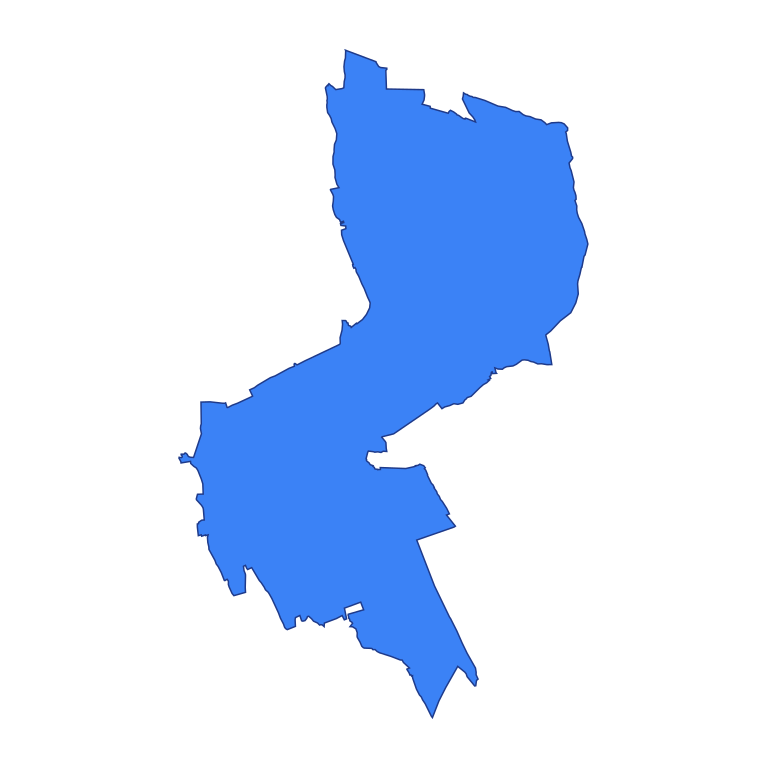 outline of Ion Neculce, Iasi, Romania, rotated 179°
{"feature_id": "2599482B15077063893597", "entity_name": "Ion Neculce", "entity_type": "district", "adm_level": 2, "iso_a3": "ROU", "parent_name": "Romania", "parent_adm1": "Iasi", "projection": "mercator", "projection_center": [27.043, 47.198], "detail": "fine", "context": "isolated", "style": "filled", "palette": "blue", "viewbox_px": 768, "rotation_deg": 179, "n_neighbors": 0, "source": "geoboundaries", "source_scale": "gbopen_adm2", "svg_char_len": 6128}
<svg xmlns="http://www.w3.org/2000/svg" viewBox="0 0 768 768"><g transform="rotate(179 384 384)"><path d="M363.1,92.5L362.2,92.8L361.5,91.5L360.6,91.8L360.7,90.8L360.4,89.2L356.9,78.4L354.0,72.5L352.2,70.5L350.9,67.5L348.4,63.6L342.5,51.1L341.4,49.6L334.6,66.2L327.6,79.4L315.2,100.4L308.3,94.6L306.9,92.8L306.0,89.9L298.6,80.5L297.5,80.7L296.8,85.5L296.2,86.5L295.1,87.3L297.0,91.7L296.9,94.2L297.5,98.4L305.6,113.3L310.5,123.9L315.5,135.8L321.6,148.4L322.5,149.7L337.0,181.1L354.0,227.4L316.3,239.8L315.1,240.6L323.8,251.9L320.9,253.0L323.5,258.6L327.8,265.6L329.5,267.5L330.7,270.7L332.6,273.2L333.2,275.4L335.8,279.3L335.5,279.6L336.8,282.3L338.4,283.9L342.1,291.8L342.0,292.6L343.8,297.2L345.1,298.6L344.2,299.5L345.7,301.6L349.6,303.2L351.3,302.1L353.9,301.8L353.7,301.4L355.4,300.8L363.7,299.1L389.2,300.5L389.1,298.6L391.8,298.5L391.8,298.8L394.1,299.1L394.7,299.4L395.1,300.7L396.6,302.0L396.3,302.5L399.2,303.6L400.3,305.4L402.6,307.3L403.0,308.3L402.7,308.9L403.2,309.6L401.5,315.9L400.8,317.2L395.8,316.5L394.4,316.0L391.3,316.3L388.2,315.6L385.9,316.8L382.4,316.5L382.9,319.7L383.1,325.3L383.8,326.6L387.2,330.8L386.7,331.3L375.2,334.0L338.3,358.3L334.4,361.1L332.2,363.3L330.8,364.1L326.5,358.3L323.7,360.0L318.6,361.3L314.5,363.1L310.5,362.4L305.4,363.7L303.4,366.7L302.0,367.7L301.0,369.0L297.1,370.2L288.2,378.7L284.6,381.7L281.4,383.4L278.7,385.8L279.8,386.3L277.2,387.6L278.3,389.7L277.0,390.6L276.4,393.9L275.7,394.2L275.4,392.5L271.3,392.7L271.8,393.4L272.9,398.2L269.9,397.0L265.4,396.7L263.4,398.2L261.0,399.2L254.7,399.8L251.3,401.4L245.5,405.5L243.2,405.7L239.5,405.2L236.8,403.9L234.2,403.4L229.9,401.4L226.1,401.5L220.7,400.5L215.9,400.5L217.7,413.3L218.1,414.3L219.1,420.9L221.3,429.5L221.2,430.4L216.4,434.1L206.6,444.1L196.0,452.0L190.8,461.8L188.2,470.6L188.7,480.7L188.3,483.6L186.2,490.3L184.9,495.8L184.4,497.3L184.1,497.3L181.8,508.2L180.7,509.5L177.7,520.4L178.7,525.0L180.5,530.7L180.8,532.9L183.4,541.0L186.5,547.1L187.8,551.4L188.3,554.9L188.1,558.6L189.9,564.2L188.7,565.3L188.8,568.9L189.7,572.2L190.7,574.6L191.2,577.1L190.5,582.7L193.1,594.0L194.3,597.1L195.1,601.7L191.5,606.1L191.4,607.5L192.5,608.7L193.2,612.5L196.4,623.6L197.4,631.3L198.0,632.7L196.0,634.3L195.9,636.9L199.3,640.9L202.1,642.2L204.8,642.5L212.1,642.2L216.8,640.5L218.6,642.5L222.4,645.4L227.8,646.3L233.3,648.8L237.5,649.6L240.2,650.9L244.1,654.1L247.6,654.1L250.6,655.1L257.6,658.5L265.2,659.9L278.1,665.7L287.7,668.9L289.8,669.0L291.0,669.9L292.7,670.2L294.8,671.1L295.5,671.9L297.3,672.3L299.4,673.7L299.8,670.3L300.6,667.6L294.1,653.5L290.5,649.5L288.5,646.3L287.9,644.4L297.7,648.4L298.3,648.1L298.4,647.5L300.4,648.1L304.7,651.3L306.3,651.8L306.7,652.6L309.6,654.8L312.8,656.5L314.2,655.3L315.1,653.6L332.9,659.0L333.0,660.8L341.0,663.1L339.0,667.3L338.4,671.4L338.4,672.8L339.1,677.6L376.4,678.9L376.7,697.6L375.7,698.5L375.7,699.7L381.9,700.5L383.8,701.5L386.2,705.5L386.4,706.4L416.7,718.4L416.5,717.8L416.9,710.5L417.8,707.6L418.5,701.9L418.2,697.1L417.5,693.7L417.6,690.7L418.5,687.1L419.0,680.9L420.8,680.1L427.1,679.2L430.3,682.4L432.0,683.4L433.8,685.2L434.8,684.1L434.8,683.4L435.5,683.5L437.2,681.6L437.4,680.9L435.8,672.6L435.7,669.8L436.1,668.7L435.9,666.1L436.3,664.2L436.3,661.5L435.6,656.3L433.7,653.4L432.2,650.3L431.5,646.8L428.4,640.2L426.8,635.1L427.4,628.8L429.3,624.5L429.8,619.4L429.8,616.8L431.0,612.4L431.2,604.7L429.4,598.9L429.2,593.8L429.4,591.4L427.6,584.5L425.6,581.1L434.0,579.5L434.2,579.1L431.8,574.4L431.2,572.3L431.5,567.7L432.3,562.9L431.7,559.2L430.2,554.3L428.6,551.4L425.6,549.2L424.6,546.6L421.7,547.4L421.4,546.1L424.7,545.1L424.3,543.3L419.5,542.6L419.4,540.0L423.8,538.5L423.7,533.9L422.0,528.1L412.6,504.2L413.3,503.9L413.0,502.2L412.1,500.3L411.0,500.9L409.9,498.9L410.0,497.7L409.6,496.3L407.3,492.0L404.3,484.3L402.1,479.8L398.9,471.2L396.9,466.7L396.4,465.2L397.0,460.4L400.3,453.9L404.4,448.8L410.0,444.7L410.5,445.3L415.8,441.1L416.3,442.4L418.5,443.2L419.0,445.7L419.9,445.8L420.7,447.6L421.4,448.1L424.7,448.2L424.4,444.5L425.0,438.6L427.1,431.1L427.0,425.5L427.6,424.4L462.7,408.5L470.2,404.8L470.7,404.7L472.5,406.0L473.2,406.0L473.5,405.4L473.3,403.3L478.5,401.4L492.7,394.0L497.5,392.3L510.3,385.0L513.8,382.5L518.4,380.5L515.6,374.2L516.2,373.8L530.9,367.3L536.0,365.5L540.6,363.2L541.3,363.3L542.7,367.9L543.6,367.5L545.8,367.6L558.2,369.2L567.3,369.1L567.4,347.3L568.0,345.4L568.3,342.7L567.4,337.4L575.7,313.9L578.7,314.1L580.4,314.7L581.4,315.7L581.9,317.0L583.5,318.4L584.1,318.5L585.4,317.3L588.0,317.4L588.1,316.7L587.0,315.5L587.0,314.6L588.0,313.9L590.1,314.3L590.3,313.4L588.5,310.0L588.3,308.6L578.8,310.0L578.6,307.9L575.6,305.0L573.1,303.3L571.6,300.8L568.3,292.1L566.9,287.3L566.7,277.1L572.4,277.0L573.7,272.4L573.5,271.5L568.6,265.9L567.2,263.6L566.8,261.9L566.1,251.2L568.7,251.0L571.7,249.0L571.9,247.6L573.1,247.3L573.1,244.2L572.3,235.6L569.4,236.4L569.0,235.0L565.0,236.2L564.8,235.5L562.5,236.2L563.2,233.5L562.9,228.5L562.0,224.2L561.9,221.6L556.1,210.6L554.9,207.0L553.0,204.4L550.0,198.3L547.1,190.4L546.5,190.2L544.3,191.5L543.2,190.0L543.0,189.0L543.1,186.2L542.4,183.8L539.6,177.3L537.8,175.0L526.1,178.1L526.3,182.9L525.8,194.8L525.9,196.3L527.2,199.9L527.7,204.2L525.7,205.1L524.5,202.1L523.6,200.9L519.5,202.7L512.1,189.7L510.3,187.6L507.3,182.9L506.1,180.3L503.4,177.8L502.2,175.8L499.8,171.3L493.5,157.0L491.6,151.6L488.7,145.8L487.7,142.7L486.7,141.2L485.0,140.1L476.8,143.2L477.0,149.8L476.6,152.0L472.2,154.0L470.5,148.7L469.3,148.3L467.1,148.8L465.3,151.0L464.6,152.8L463.3,153.1L460.4,150.4L458.6,148.1L454.6,146.2L452.6,144.1L451.3,144.5L449.8,144.1L448.1,142.5L447.8,146.0L435.7,150.3L429.9,153.2L427.8,148.9L425.5,149.8L427.5,160.6L411.1,166.3L408.3,158.6L423.8,154.4L423.9,153.3L423.5,152.3L423.4,150.5L422.6,149.7L422.2,147.7L420.3,146.4L419.6,145.3L422.2,142.0L419.7,141.8L416.4,139.7L415.1,135.8L415.3,132.3L415.1,131.1L412.4,126.2L410.8,122.2L409.3,120.7L408.3,120.3L401.4,119.9L400.5,119.6L399.8,118.6L397.5,118.6L395.6,116.7L393.0,115.3L381.7,111.5L372.6,107.8L370.6,107.6L369.4,105.2L363.5,99.6L366.1,98.5L366.0,98.1L364.1,95.0L363.1,92.5Z" fill="#3b82f6" stroke="#1e3a8a" stroke-width="1.5"/></g></svg>